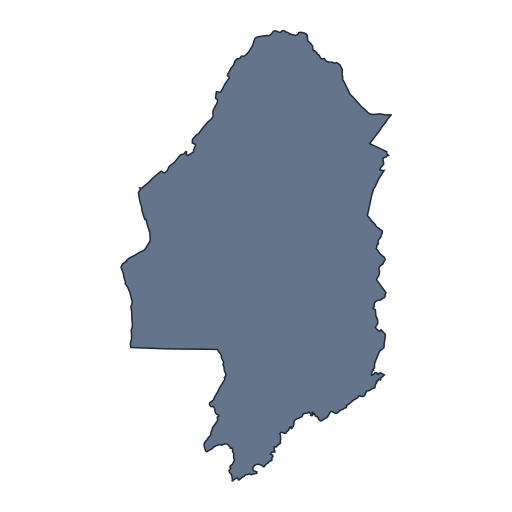 Blantyre, Blantyre, Malawi (orthographic projection)
{"feature_id": "42251766B636776762176", "entity_name": "Blantyre", "entity_type": "district", "adm_level": 2, "iso_a3": "MWI", "parent_name": "Malawi", "parent_adm1": "Blantyre", "projection": "orthographic", "projection_center": [34.952, -15.681], "detail": "fine", "context": "isolated", "style": "filled", "palette": "slate", "viewbox_px": 512, "rotation_deg": 0, "n_neighbors": 0, "source": "geoboundaries", "source_scale": "gbopen_adm2", "svg_char_len": 6052}
<svg xmlns="http://www.w3.org/2000/svg" viewBox="0 0 512 512"><path d="M289.3,33.7L287.8,32.4L286.7,32.2L283.9,30.7L282.0,30.9L280.6,32.2L280.0,32.4L278.7,32.1L275.7,30.8L274.5,30.9L273.3,31.3L271.0,34.4L268.9,35.9L267.0,35.4L259.7,36.5L257.1,37.1L255.5,38.0L254.5,39.5L252.5,45.7L249.2,51.2L246.2,54.7L244.2,56.2L241.8,56.0L241.4,56.2L239.7,58.5L238.5,58.8L237.3,58.6L235.4,60.4L234.5,62.1L233.7,65.2L231.5,67.4L227.5,74.7L227.3,75.3L227.6,75.9L229.1,76.9L229.1,78.1L225.1,83.9L220.8,92.0L219.5,92.3L217.1,91.7L216.5,91.9L216.2,92.5L215.6,97.7L215.7,98.4L217.4,99.5L217.6,100.7L217.2,102.7L213.5,109.6L212.9,111.4L213.1,115.8L212.7,117.1L211.6,118.7L207.7,122.1L203.6,126.9L199.0,133.1L197.5,134.4L196.6,134.8L192.9,138.8L192.4,140.0L192.2,142.5L192.4,143.0L194.7,144.0L195.5,145.0L195.5,145.6L193.7,149.6L193.3,152.2L187.9,155.4L187.3,155.2L186.4,154.4L186.6,151.9L185.7,151.7L183.7,154.1L181.8,154.4L180.0,155.3L174.5,162.2L169.5,166.1L168.8,167.1L167.5,170.2L166.2,171.7L164.6,172.8L163.9,173.0L161.9,171.4L161.3,171.2L160.7,171.4L152.8,178.1L148.1,182.9L143.4,186.6L142.2,188.1L139.8,188.0L140.2,188.5L140.1,189.8L138.4,192.6L139.8,201.1L141.4,206.1L142.0,210.6L143.7,216.3L144.9,219.5L146.1,219.5L147.1,223.9L149.8,232.7L150.2,239.7L149.8,241.4L145.5,248.5L143.9,250.4L139.7,252.2L135.3,255.0L129.5,257.9L127.0,259.9L126.2,261.6L125.6,261.7L122.6,264.0L121.0,267.1L123.7,274.9L124.0,277.5L125.5,281.9L125.2,283.8L127.6,287.2L128.9,290.1L130.0,292.8L132.2,301.8L132.3,302.5L130.9,306.8L131.7,311.9L131.8,317.9L132.4,324.7L132.2,327.2L131.2,330.2L131.5,333.4L131.6,338.2L130.3,344.0L130.8,347.5L167.9,348.9L217.4,349.4L218.4,351.3L220.9,354.4L221.4,355.5L221.3,357.4L223.5,362.0L223.6,362.6L222.9,364.9L223.9,366.6L224.3,370.4L225.8,373.8L225.9,375.8L224.3,377.6L224.8,378.7L224.5,379.9L219.7,387.6L217.5,392.2L214.5,397.1L213.4,400.0L211.4,401.6L209.8,402.5L209.5,403.7L209.8,404.9L210.7,406.5L212.0,406.7L213.2,406.4L213.7,406.8L214.8,409.0L215.1,412.0L215.6,413.2L216.5,414.1L218.7,415.1L218.8,416.3L217.2,417.2L217.6,419.6L217.4,420.9L212.6,427.5L211.8,430.5L211.0,432.2L210.9,434.1L210.5,435.3L209.8,436.3L208.3,437.5L207.5,439.2L205.0,441.9L204.2,443.6L204.1,446.1L205.6,450.9L206.8,451.8L210.1,449.7L212.0,448.9L214.2,446.5L218.6,444.7L221.8,445.1L224.3,444.1L226.5,443.8L227.8,444.4L229.6,446.8L231.4,447.9L231.1,448.1L231.8,448.1L232.4,449.0L232.6,451.6L233.7,453.8L233.6,457.1L234.3,460.4L232.4,464.3L230.4,465.7L229.9,467.3L230.6,468.0L230.6,468.5L229.0,470.6L229.4,472.3L231.3,474.5L231.9,476.2L232.4,480.1L231.8,481.3L235.8,478.4L237.0,478.0L237.8,478.4L238.4,479.8L239.0,480.0L241.3,478.2L242.0,477.3L244.3,476.3L245.4,474.8L247.2,474.7L249.4,473.7L251.0,474.7L251.6,474.7L252.7,474.1L256.3,473.5L256.8,473.1L256.9,471.9L253.8,470.8L253.3,470.5L252.9,469.4L252.9,467.4L254.6,465.4L256.8,464.3L258.7,464.3L261.1,465.0L263.8,466.8L264.4,466.7L265.5,464.6L268.1,462.9L269.4,461.4L271.7,460.4L272.0,459.9L271.8,458.0L272.9,456.6L273.0,456.0L272.3,455.0L270.6,454.2L270.5,453.6L271.8,452.2L274.9,451.9L274.2,448.9L274.1,447.0L274.6,446.7L275.8,447.0L276.4,446.8L278.5,444.5L280.6,443.2L280.2,441.0L280.6,439.8L280.5,435.5L279.7,433.8L280.9,432.5L281.7,432.1L284.5,433.4L285.7,433.3L286.2,433.0L286.6,431.8L288.5,430.3L289.7,427.4L290.2,427.0L290.8,427.0L291.0,428.2L291.5,428.6L292.0,428.2L293.7,425.7L294.0,421.6L294.5,420.5L296.9,418.7L298.7,418.3L300.8,417.0L302.0,416.7L303.3,413.7L307.5,413.0L309.1,412.1L310.9,414.2L311.0,414.9L310.7,415.4L311.6,415.7L312.2,415.6L313.1,414.4L313.2,413.8L312.2,413.0L312.2,412.4L312.9,412.4L314.3,413.5L314.6,414.7L315.6,415.5L315.5,416.1L317.7,417.2L318.7,419.4L320.6,420.9L321.9,420.7L322.5,420.1L323.6,419.6L324.4,418.6L326.8,417.6L328.3,415.7L329.7,412.9L330.9,411.5L332.2,411.6L335.4,413.4L337.0,413.2L339.8,410.6L340.4,410.6L341.3,409.7L342.5,409.6L344.6,408.1L346.4,407.6L346.8,405.2L348.7,404.3L353.4,400.2L357.7,397.7L358.9,395.6L361.8,396.5L363.1,396.4L364.0,396.0L364.5,395.6L366.5,391.3L367.7,390.8L368.9,390.7L370.1,390.2L371.9,388.7L374.9,387.8L375.3,384.8L376.5,383.2L376.6,382.6L376.1,382.3L376.3,381.7L377.4,381.2L378.3,380.2L378.3,379.6L378.8,379.3L379.5,379.3L380.4,380.0L380.7,379.6L380.7,377.7L381.8,377.3L384.4,374.9L381.1,373.1L379.9,372.8L379.3,373.1L378.1,374.5L377.5,374.3L376.7,372.7L376.1,372.6L374.8,372.8L373.7,374.3L373.1,374.3L372.1,375.1L371.5,375.3L371.4,375.0L371.6,372.8L372.6,371.1L373.3,370.4L373.5,370.2L373.0,369.7L374.5,367.7L374.5,364.6L375.0,362.3L379.6,351.2L384.0,347.6L384.3,342.6L385.3,336.6L385.3,334.3L381.1,329.8L380.6,330.5L379.2,331.3L376.4,328.8L375.3,327.3L377.7,323.5L377.7,319.8L375.9,315.8L375.4,309.8L373.1,308.4L374.2,306.1L374.1,303.8L375.5,301.6L376.5,300.9L379.7,299.9L380.3,300.1L381.3,299.7L382.2,298.5L384.2,297.8L385.3,295.9L385.3,294.2L386.0,292.7L376.6,279.9L376.6,279.2L378.9,275.5L379.5,272.4L379.5,271.1L378.9,268.7L379.4,266.9L380.3,265.8L382.9,264.0L383.8,261.8L385.2,259.7L384.9,258.5L384.0,257.0L380.5,254.3L376.3,248.6L376.8,246.9L376.9,245.0L378.4,243.9L378.5,243.2L378.0,242.9L377.9,242.3L378.3,240.5L381.1,236.3L381.1,235.6L382.2,233.3L382.3,231.3L381.7,230.2L380.0,229.5L379.2,228.4L377.6,227.6L376.6,226.7L374.3,223.5L372.0,221.4L369.4,217.8L367.6,215.9L367.3,214.7L367.6,214.5L371.7,195.6L373.6,188.7L374.9,187.2L378.6,179.1L384.1,170.5L383.0,170.6L381.2,170.0L380.1,170.0L380.0,169.1L380.5,168.0L383.8,164.0L382.9,158.3L385.7,156.9L386.3,157.0L386.9,155.9L388.6,155.3L387.1,154.2L386.7,153.0L386.8,151.7L369.6,143.6L379.8,130.4L381.8,127.0L385.3,123.0L387.8,118.8L390.4,116.0L391.0,114.8L385.1,114.9L379.9,113.8L373.5,114.5L370.3,114.1L368.5,113.1L364.3,109.0L362.0,107.2L353.0,97.1L350.1,94.4L344.0,81.7L342.6,79.6L342.7,77.1L342.1,74.1L342.4,69.6L339.9,64.7L336.7,62.7L334.6,63.1L332.9,62.6L332.4,62.1L330.6,62.4L326.8,61.5L325.4,60.2L324.3,58.6L322.1,59.0L320.5,58.0L319.1,55.1L317.5,54.3L316.7,52.5L314.7,50.8L313.0,50.2L312.6,46.4L311.3,44.2L307.6,40.5L307.3,35.3L305.4,33.4L302.3,32.4L299.0,32.4L298.0,34.1L296.9,34.9L295.7,35.3L294.2,35.2L289.3,33.7Z" fill="#64748b" stroke="#1e293b" stroke-width="1.5"/></svg>